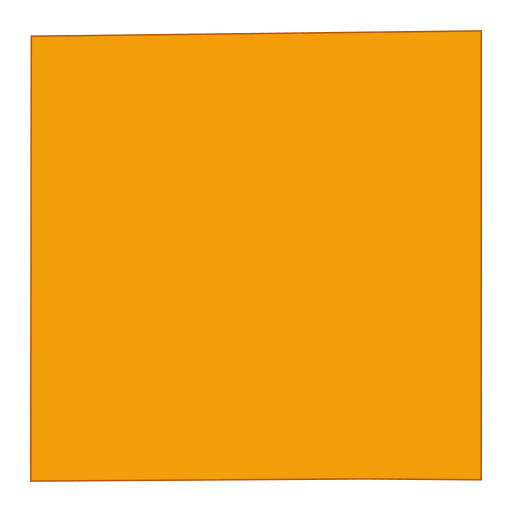 Lynn, Texas, United States of America (Robinson projection)
{"feature_id": "52423323B96500488872097", "entity_name": "Lynn", "entity_type": "district", "adm_level": 2, "iso_a3": "USA", "parent_name": "United States of America", "parent_adm1": "Texas", "projection": "robinson", "projection_center": [-101.839, 33.177], "detail": "fine", "context": "isolated", "style": "filled", "palette": "amber", "viewbox_px": 512, "rotation_deg": 0, "n_neighbors": 0, "source": "geoboundaries", "source_scale": "gbopen_adm2", "svg_char_len": 198}
<svg xmlns="http://www.w3.org/2000/svg" viewBox="0 0 512 512"><path d="M31.3,36.2L30.7,481.1L365.0,478.9L481.2,479.8L481.3,30.9L31.3,36.2Z" fill="#f59e0b" stroke="#b45309" stroke-width="1.5"/></svg>